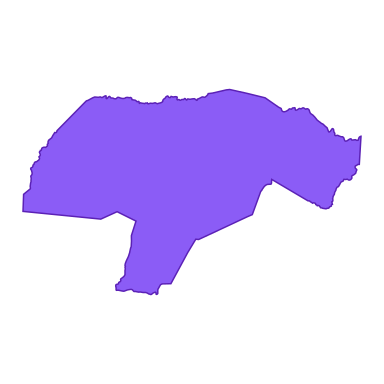 Talanga, Francisco Morazán, Honduras
{"feature_id": "27666195B86037952896272", "entity_name": "Talanga", "entity_type": "district", "adm_level": 2, "iso_a3": "HND", "parent_name": "Honduras", "parent_adm1": "Francisco Morazán", "projection": "natural_earth1", "projection_center": [-87.046, 14.389], "detail": "fine", "context": "isolated", "style": "filled", "palette": "violet", "viewbox_px": 384, "rotation_deg": 0, "n_neighbors": 0, "source": "geoboundaries", "source_scale": "gbopen_adm2", "svg_char_len": 5931}
<svg xmlns="http://www.w3.org/2000/svg" viewBox="0 0 384 384"><path d="M148.8,294.0L149.5,294.1L150.5,294.5L151.4,294.4L153.3,292.9L154.6,292.4L155.4,292.2L155.7,292.3L155.9,292.6L156.1,294.0L156.2,294.3L156.5,294.4L157.1,294.2L157.5,293.9L157.8,293.4L157.8,290.2L157.9,289.4L160.0,285.6L160.4,284.9L160.8,284.6L161.7,284.1L162.4,283.9L170.9,283.7L187.7,252.6L195.8,239.2L198.6,239.5L247.2,216.8L252.3,214.6L260.7,191.5L261.8,190.3L262.2,189.4L264.4,186.3L265.7,185.3L266.4,184.8L267.4,184.4L270.6,184.2L271.2,184.0L271.4,183.5L271.5,183.0L271.6,180.1L271.7,179.4L308.1,200.9L308.7,200.8L309.5,200.9L309.9,201.3L310.3,201.7L311.5,202.4L312.6,203.2L313.1,202.9L313.7,202.8L315.1,203.2L315.6,203.8L315.7,204.5L316.2,204.8L316.7,204.9L317.2,205.7L317.8,205.7L318.5,205.5L319.1,205.7L320.0,206.7L320.3,207.4L320.7,207.8L321.8,207.9L322.7,208.3L325.9,208.8L326.4,208.7L326.9,208.4L328.4,208.2L328.8,208.1L329.6,206.9L331.2,206.2L331.4,205.9L331.4,205.1L331.7,204.5L332.0,204.3L332.4,204.3L331.8,201.9L332.4,201.6L332.8,200.9L332.9,199.9L332.6,198.6L332.9,198.1L333.0,196.7L333.3,196.2L333.6,195.4L334.1,194.8L334.4,194.2L334.6,192.6L335.2,191.4L335.8,190.4L336.1,189.1L336.5,188.1L337.2,187.1L337.5,187.0L338.1,186.8L338.6,186.4L339.3,185.1L339.5,184.9L340.8,182.3L341.2,182.0L343.2,181.0L343.4,180.6L343.6,179.7L343.9,179.3L345.5,179.5L347.3,179.2L348.4,179.9L349.1,180.1L349.9,180.0L350.7,179.6L351.4,178.9L351.8,178.3L351.9,177.8L351.7,176.3L351.9,176.0L352.4,175.5L353.5,175.0L354.2,174.5L355.3,173.6L355.8,173.0L356.1,171.5L356.7,170.2L356.8,169.8L356.6,169.4L355.4,168.2L355.2,167.9L355.1,167.2L355.2,166.2L355.6,165.8L356.7,165.4L357.6,164.5L359.3,164.4L361.0,136.3L360.4,136.4L359.3,137.2L358.8,138.1L358.3,139.8L358.0,140.3L356.5,140.3L355.9,139.9L355.4,139.7L352.1,140.1L351.6,139.8L351.1,138.9L350.6,138.8L350.1,138.9L348.4,139.8L347.9,140.3L346.8,140.9L345.9,141.1L345.3,141.1L344.9,140.8L344.6,140.3L343.7,137.7L342.7,136.8L341.0,136.7L338.9,135.9L337.7,135.3L335.7,135.6L335.3,135.6L335.0,135.4L334.7,134.8L334.8,134.0L334.8,133.3L333.9,131.8L333.6,129.6L333.3,129.0L333.0,128.8L332.5,128.6L332.1,128.8L331.8,129.1L330.4,131.2L329.3,132.0L329.1,132.0L328.8,131.9L328.3,131.0L327.1,127.8L324.5,125.6L323.5,124.5L322.6,123.9L321.4,123.4L320.4,122.5L319.1,121.6L317.1,120.0L314.9,117.2L312.9,115.1L311.1,113.9L310.4,113.2L309.9,112.4L309.2,110.1L308.5,109.3L307.7,108.8L306.9,108.7L306.2,109.1L305.7,109.2L303.8,108.0L303.0,107.8L301.0,108.8L299.7,108.5L299.2,108.5L298.7,108.8L298.1,109.3L296.6,110.1L295.8,110.2L295.6,110.1L295.4,109.9L295.0,107.9L294.7,107.7L294.2,107.8L292.5,108.0L292.1,108.4L291.8,108.9L291.4,109.2L289.9,108.9L289.4,108.9L288.7,109.4L288.1,110.1L286.1,111.3L284.3,111.8L283.4,111.7L282.6,111.4L282.0,110.8L281.7,110.3L281.2,108.6L280.9,108.3L278.6,107.2L265.1,97.8L247.2,93.4L229.7,89.5L226.2,89.9L212.4,93.1L208.2,93.6L207.6,94.9L206.5,96.0L205.3,97.0L204.3,97.3L202.9,96.9L202.0,97.0L199.1,98.5L197.5,99.1L197.5,99.5L197.3,99.9L197.1,100.2L196.8,100.3L196.3,100.2L195.8,99.5L194.3,98.7L192.1,98.9L189.9,99.3L187.8,98.9L187.4,99.2L187.0,99.8L186.7,100.0L186.0,99.6L185.3,98.7L184.8,98.5L184.4,98.7L183.6,99.5L181.8,99.5L181.2,99.8L180.7,100.2L180.1,100.3L179.8,100.2L179.4,99.8L178.9,99.5L177.6,99.9L177.3,99.8L177.0,99.4L177.0,98.8L177.2,97.2L176.8,96.9L176.0,96.7L175.0,96.7L173.1,97.0L171.1,96.4L170.2,97.6L169.8,97.6L168.8,97.3L167.9,96.1L167.4,96.0L166.8,96.3L166.0,96.8L164.9,98.4L164.1,98.8L163.4,99.5L162.9,100.2L162.7,101.5L162.1,102.1L160.8,102.8L158.6,103.3L157.4,103.7L156.7,103.5L155.5,102.9L155.0,102.8L152.6,103.4L150.4,103.2L148.4,103.8L147.8,103.7L147.3,102.9L146.9,103.1L145.4,103.1L145.0,103.3L144.8,103.6L144.6,103.6L143.1,103.3L141.8,103.2L140.6,102.8L139.4,103.3L139.2,102.9L139.0,101.7L138.7,101.4L137.5,101.7L137.1,101.7L136.8,101.5L136.0,100.7L135.2,100.2L132.0,99.7L131.9,99.5L131.7,98.3L131.0,97.7L130.6,97.5L129.3,97.7L127.6,97.4L126.2,97.5L125.6,97.7L125.1,98.1L124.6,98.3L123.2,98.5L122.1,98.4L120.7,98.1L118.8,97.4L117.9,97.3L117.4,97.5L116.1,98.7L115.4,98.8L113.9,98.6L113.1,98.1L111.0,97.9L110.5,97.6L110.0,96.7L109.5,96.4L109.1,96.5L108.6,96.8L108.2,97.2L107.3,98.3L106.9,98.6L106.5,98.6L106.3,98.5L106.1,98.2L106.1,97.8L106.2,97.1L106.1,96.5L106.0,95.9L105.7,95.8L104.9,96.0L102.0,97.6L100.2,96.9L98.4,97.3L94.7,97.0L92.7,97.8L87.9,100.4L86.8,100.7L86.1,101.1L57.0,130.7L56.8,131.7L56.3,132.4L55.8,132.7L54.7,132.5L53.9,133.9L52.9,135.4L51.6,137.9L50.0,139.1L49.4,139.8L48.8,140.0L48.6,140.2L48.0,141.9L48.0,142.5L48.2,143.0L48.2,143.4L47.3,144.3L47.5,145.5L47.4,145.9L46.3,146.8L45.9,147.2L45.7,147.4L45.3,147.4L44.6,147.2L43.9,147.2L43.0,147.5L42.2,147.9L41.8,148.3L41.4,149.8L41.3,150.2L40.9,150.5L40.6,150.4L40.4,150.4L40.2,151.1L39.5,151.8L39.4,152.3L40.2,154.3L40.3,155.0L40.0,155.7L38.9,156.9L39.4,157.7L39.5,158.1L39.5,158.7L39.3,159.2L38.6,160.2L37.4,161.0L36.8,161.6L36.3,161.8L35.3,161.9L34.8,162.3L34.4,162.8L33.8,164.5L33.0,165.1L32.9,166.1L32.6,167.0L32.1,167.4L31.0,167.9L30.7,168.6L30.7,169.1L31.5,170.4L32.2,173.1L31.9,174.7L31.0,175.8L30.8,176.2L31.2,178.4L31.0,180.5L31.1,181.3L30.6,183.2L30.2,186.1L30.2,186.6L30.4,187.9L30.4,188.5L30.2,188.9L23.6,194.3L23.0,211.4L100.8,219.1L117.1,211.7L136.0,221.1L131.4,235.6L131.4,237.1L131.5,241.1L131.2,246.6L130.6,248.1L129.6,252.8L128.4,256.5L126.4,260.7L125.6,262.7L125.2,264.0L125.0,265.5L125.4,266.4L125.3,266.7L125.0,267.1L125.3,268.7L125.0,270.5L125.0,274.7L123.9,276.5L120.8,278.9L120.6,279.6L120.8,280.3L120.8,280.7L120.6,281.1L120.4,281.5L118.8,282.4L118.6,282.9L118.5,283.5L118.2,283.9L117.8,284.1L116.5,284.4L116.1,284.6L115.9,285.0L115.7,285.9L116.1,287.9L116.1,289.9L116.3,290.2L116.4,290.3L117.8,290.2L118.8,290.3L122.1,291.0L123.6,291.2L124.3,291.1L127.5,289.9L130.5,289.4L131.4,289.4L132.4,289.8L133.1,290.6L133.6,291.2L134.0,291.5L135.6,291.5L136.9,291.8L138.5,292.1L140.4,292.0L143.0,292.5L145.8,292.5L147.4,293.1L148.8,294.0Z" fill="#8b5cf6" stroke="#5b21b6" stroke-width="1.5"/></svg>